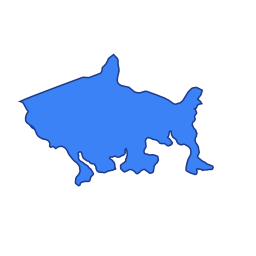 Lane Cove, New South Wales, Australia, rotated 328°
{"feature_id": "25037944B47816389357030", "entity_name": "Lane Cove", "entity_type": "district", "adm_level": 2, "iso_a3": "AUS", "parent_name": "Australia", "parent_adm1": "New South Wales", "projection": "equal_earth", "projection_center": [151.169, -33.823], "detail": "fine", "context": "isolated", "style": "filled", "palette": "blue", "viewbox_px": 256, "rotation_deg": 328, "n_neighbors": 0, "source": "geoboundaries", "source_scale": "gbopen_adm2", "svg_char_len": 5912}
<svg xmlns="http://www.w3.org/2000/svg" viewBox="0 0 256 256"><g transform="rotate(328 128 128)"><path d="M50.5,48.3L51.3,49.1L51.8,49.9L52.2,50.8L52.4,51.8L51.9,59.0L52.2,60.2L52.0,61.4L51.1,61.7L49.7,62.3L47.9,63.6L46.6,65.0L45.7,66.5L45.2,67.4L45.0,68.3L45.0,69.2L45.1,70.1L46.0,72.3L46.6,75.1L46.5,75.8L46.7,76.8L47.0,77.4L47.1,75.1L47.3,74.9L47.8,76.2L48.3,78.2L48.4,79.0L47.6,83.3L47.4,85.0L47.4,86.2L47.6,87.6L48.1,89.0L49.3,91.2L50.6,92.9L51.6,93.6L52.5,94.6L53.2,95.7L53.7,97.0L53.8,98.4L53.5,99.7L53.2,100.2L51.9,101.8L51.9,102.5L52.1,103.2L52.5,103.5L53.8,103.7L54.7,104.1L55.3,105.1L55.7,107.1L55.9,107.2L57.5,107.0L58.5,107.0L59.2,107.0L60.1,107.4L61.9,108.3L62.5,108.9L63.2,109.8L63.8,110.9L64.3,112.6L64.4,113.7L64.4,115.0L63.9,118.7L64.1,121.4L64.5,124.9L65.0,127.5L65.7,129.2L66.2,130.8L66.5,132.9L66.5,134.3L66.3,135.4L65.9,136.5L65.4,136.9L65.3,137.1L65.1,138.3L64.7,138.9L63.6,140.0L61.9,141.2L59.7,141.9L58.5,142.2L57.5,142.8L56.4,143.8L54.5,146.4L54.3,146.7L54.3,147.6L54.8,148.7L55.4,150.6L56.1,150.9L57.1,150.9L57.3,150.7L58.3,149.7L59.1,149.5L60.1,149.5L62.5,150.2L64.4,151.2L65.8,152.2L67.1,152.6L67.7,152.3L69.1,151.2L70.4,149.9L71.3,149.6L74.0,149.0L74.3,148.7L74.5,147.9L74.6,147.0L74.6,144.9L74.7,143.8L74.6,143.0L73.9,141.3L73.9,140.1L73.7,139.1L73.1,137.4L71.9,135.0L71.3,133.0L70.6,131.9L70.0,130.5L69.8,129.7L69.7,129.0L69.8,128.0L70.0,127.3L70.6,126.4L71.6,125.3L71.7,124.9L71.8,123.7L72.1,123.2L72.6,122.8L73.9,122.6L74.5,122.6L74.8,122.8L75.2,123.3L75.4,124.1L75.2,125.5L74.6,127.2L74.2,129.0L74.2,129.7L74.4,130.8L75.8,134.1L76.6,134.9L77.1,135.6L77.2,136.0L77.3,137.2L77.9,138.4L78.4,139.1L79.9,140.4L80.4,141.1L80.4,141.4L80.2,141.9L80.3,143.2L80.2,143.7L80.0,144.4L79.5,145.4L79.2,146.6L79.1,147.8L79.4,149.0L79.7,149.6L80.7,150.6L81.4,151.2L82.5,151.8L83.5,152.8L84.6,153.5L85.2,153.7L86.8,153.8L88.5,154.1L92.2,155.4L93.1,155.8L95.0,155.7L95.3,156.2L95.7,156.0L95.3,155.5L95.5,155.2L96.0,155.4L96.0,155.1L95.6,155.0L95.6,154.7L96.3,154.2L97.3,152.1L97.9,150.5L97.8,148.7L97.5,147.1L97.3,146.3L96.3,144.4L96.5,143.5L97.0,143.2L97.9,143.3L99.1,144.4L101.1,144.6L102.0,145.0L102.6,145.6L103.0,146.5L104.1,147.4L105.0,147.9L105.8,148.2L107.1,148.1L109.6,148.5L110.8,148.4L112.1,147.9L112.6,147.5L113.1,146.2L113.6,145.4L114.8,144.5L115.4,144.4L115.3,145.1L114.7,147.1L113.8,149.3L113.1,150.4L110.8,152.6L109.6,153.2L109.1,154.0L108.7,154.9L107.3,155.0L106.3,155.4L104.9,155.3L103.6,155.5L102.8,155.4L101.9,155.8L101.5,156.3L100.9,157.6L100.6,158.0L100.3,158.6L100.3,159.1L100.6,160.4L101.0,161.8L101.6,163.3L101.9,163.5L105.2,163.9L106.8,163.9L107.8,164.3L108.7,165.1L109.5,166.0L109.9,166.8L110.6,168.9L110.9,170.8L111.2,171.3L111.5,171.5L112.2,171.8L113.9,171.7L114.7,171.6L116.2,171.1L116.7,171.1L118.7,171.2L119.8,171.7L120.3,172.3L120.9,174.1L121.5,175.2L122.2,177.5L122.6,177.9L123.4,178.2L124.2,178.7L125.8,178.7L126.4,178.4L129.1,175.3L129.6,174.6L130.3,174.0L130.9,173.9L132.3,173.0L133.6,173.0L134.5,172.7L136.1,171.8L136.6,171.4L137.0,170.9L137.3,169.9L138.0,168.6L138.1,168.1L137.9,167.3L136.8,165.9L135.2,164.2L134.6,163.7L134.0,163.3L132.7,162.8L132.0,162.3L130.5,160.5L128.9,159.0L128.7,158.6L128.6,158.2L128.7,157.4L129.0,156.6L129.8,155.5L130.9,154.8L132.9,153.8L133.5,153.2L134.7,150.9L135.6,148.7L135.9,148.1L136.4,147.6L138.0,146.8L139.3,146.6L139.9,146.8L140.7,147.6L141.5,148.2L141.9,148.7L142.8,150.5L143.6,151.3L144.8,152.2L146.4,154.6L146.7,155.5L146.8,157.3L147.3,158.2L147.9,158.8L148.6,159.2L150.5,160.5L151.6,162.0L151.7,163.3L152.6,164.4L153.3,164.8L154.4,164.6L154.8,165.1L155.1,165.2L156.2,164.8L156.9,164.9L157.9,163.8L157.7,162.9L157.5,159.5L157.2,158.4L156.7,157.5L156.7,156.8L157.6,156.5L158.6,155.9L160.6,153.6L161.7,152.9L162.9,153.7L161.8,155.6L161.3,157.7L161.2,159.3L161.3,160.1L161.9,161.3L162.5,163.1L162.5,164.1L162.2,165.9L162.2,167.2L162.4,168.0L163.0,169.1L164.1,170.4L165.0,170.9L166.5,171.1L166.8,171.3L167.7,172.5L168.5,173.9L169.4,175.7L169.8,177.9L169.8,178.7L169.6,179.6L168.8,181.4L167.6,183.1L165.9,184.5L163.9,185.5L161.9,186.8L159.8,188.7L157.1,191.4L155.6,193.3L155.3,193.8L154.9,194.7L155.0,195.6L156.9,198.9L158.5,200.9L159.2,201.5L159.6,202.3L160.2,203.0L161.6,203.3L162.1,203.1L162.9,202.3L163.9,200.8L164.1,200.3L164.1,199.6L164.2,199.3L165.1,199.2L165.7,199.5L166.1,199.9L166.2,200.6L167.0,200.9L167.8,201.6L168.5,202.5L168.6,203.2L168.9,203.6L169.7,203.5L172.4,205.2L173.6,205.7L174.8,206.1L177.4,207.7L178.4,207.3L179.4,206.4L179.5,205.9L179.5,205.4L179.1,204.5L176.3,200.8L175.7,199.8L175.3,198.3L173.7,195.7L173.1,194.5L173.2,194.4L172.3,191.9L171.8,190.2L171.8,189.5L172.0,188.9L172.7,188.2L173.5,188.0L175.4,186.5L175.7,186.0L176.2,184.5L177.6,181.2L177.8,179.0L177.6,176.0L178.2,174.6L179.0,173.0L179.8,172.2L181.5,171.3L181.9,170.9L182.5,169.9L183.7,169.1L183.5,168.6L183.7,167.3L183.9,167.1L183.9,166.7L184.1,166.7L184.2,165.5L184.1,164.7L183.7,163.2L183.8,161.7L184.1,160.6L184.0,159.6L184.1,159.4L184.8,158.5L186.2,157.4L186.6,157.2L187.9,157.3L189.7,156.1L190.3,153.9L190.6,153.4L191.5,152.8L193.6,152.1L194.2,151.6L194.5,150.7L194.7,149.0L194.8,148.6L194.5,147.1L194.6,146.8L195.8,147.4L196.7,147.2L198.9,145.5L200.9,145.5L202.6,146.1L202.9,146.4L203.5,146.5L203.4,143.4L202.4,140.4L207.4,138.5L211.0,135.4L208.3,130.9L207.6,130.0L206.7,129.4L204.3,128.4L203.2,128.2L201.3,128.5L200.3,128.8L198.2,129.3L190.3,133.2L187.9,134.1L185.8,134.3L181.2,133.1L180.2,132.4L179.3,131.1L177.4,126.4L175.0,122.2L168.9,114.0L163.3,106.9L162.5,106.3L161.4,105.7L156.5,104.5L154.0,102.4L152.7,100.9L152.5,100.4L150.3,93.9L144.8,88.5L143.6,86.1L143.4,84.9L143.4,84.0L143.6,83.2L144.0,82.2L145.6,79.9L150.1,75.4L150.7,74.7L151.3,73.7L153.4,68.5L155.4,65.4L155.7,64.0L155.7,62.8L154.7,58.1L148.4,58.7L145.6,60.6L142.9,62.1L138.3,63.2L136.4,65.4L135.8,66.0L134.4,66.8L133.2,66.9L121.6,64.6L117.1,61.4L116.3,61.0L89.5,55.5L63.5,50.4L56.2,49.1L50.5,48.3Z" fill="#3b82f6" stroke="#1e3a8a" stroke-width="1.5"/></g></svg>